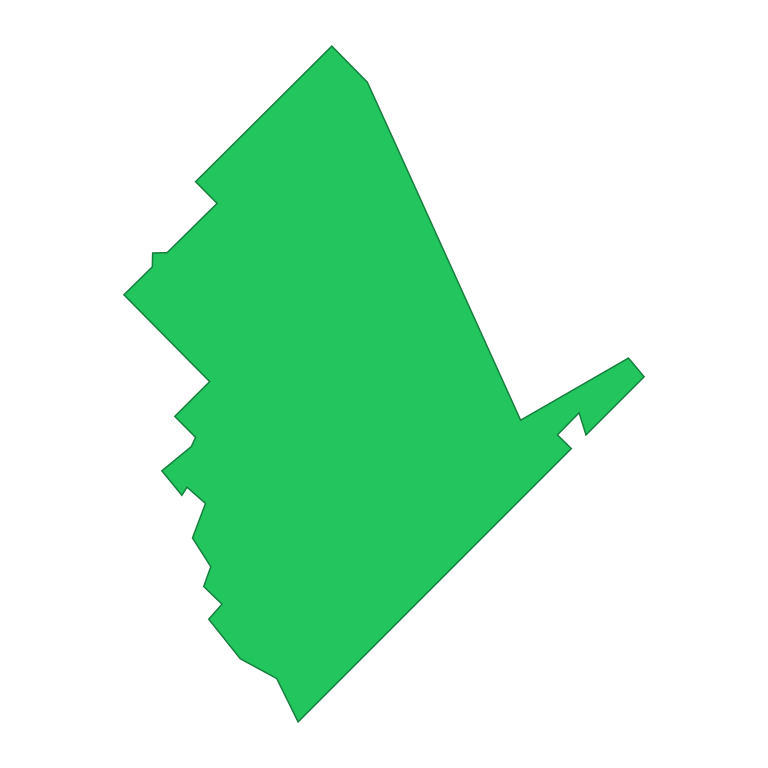 the district of Dodge, Georgia, United States of America
{"feature_id": "52423323B39944248465098", "entity_name": "Dodge", "entity_type": "district", "adm_level": 2, "iso_a3": "USA", "parent_name": "United States of America", "parent_adm1": "Georgia", "projection": "mercator", "projection_center": [-83.2, 32.176], "detail": "fine", "context": "isolated", "style": "filled", "palette": "green", "viewbox_px": 768, "rotation_deg": 0, "n_neighbors": 0, "source": "geoboundaries", "source_scale": "gbopen_adm2", "svg_char_len": 538}
<svg xmlns="http://www.w3.org/2000/svg" viewBox="0 0 768 768"><path d="M161.8,470.8L181.9,495.3L187.0,487.2L205.5,503.5L192.5,538.0L210.8,566.7L203.7,586.5L222.0,604.2L208.7,619.2L240.3,658.8L276.7,678.5L298.1,721.9L571.3,448.6L557.4,434.9L579.1,412.8L586.0,434.9L644.1,376.8L630.6,360.5L628.4,358.1L520.6,420.2L395.8,144.8L367.3,82.2L331.8,46.1L195.6,181.7L217.1,203.4L167.1,252.7L152.7,253.0L152.3,266.9L123.9,294.8L209.7,381.6L174.8,416.4L195.6,437.4L191.3,446.6L161.8,470.8Z" fill="#22c55e" stroke="#15803d" stroke-width="1.5"/></svg>